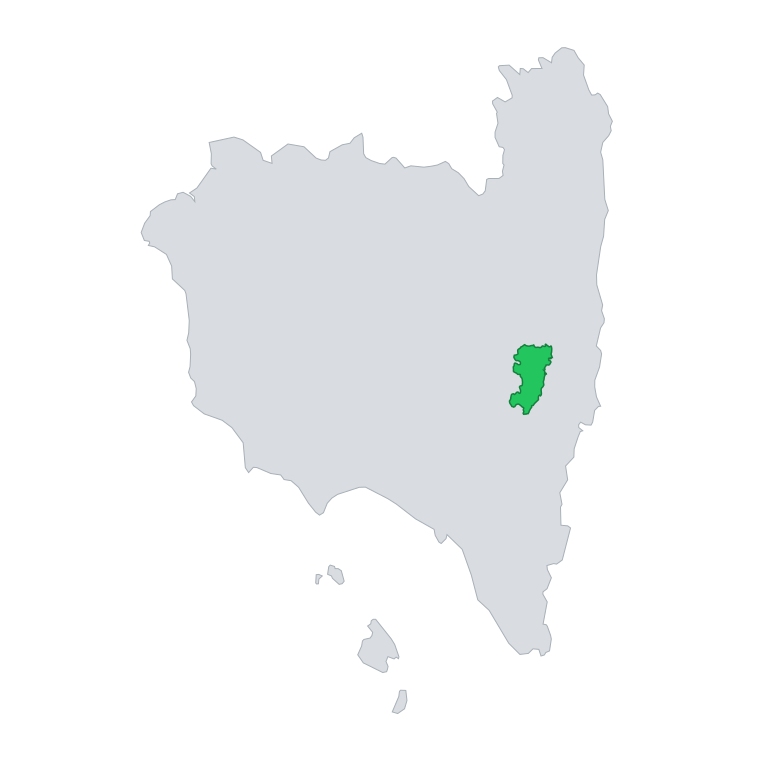 where La Rioja sits in Spain, rotated 88°
{"feature_id": "ESP-5828", "entity_name": "La Rioja", "entity_type": "Autonomous Community", "adm_level": 1, "iso_a3": "ESP", "parent_name": "Spain", "parent_adm1": "", "projection": "natural_earth1", "projection_center": [-2.502, 42.281], "detail": "fine", "context": "in_parent", "style": "filled", "palette": "green", "viewbox_px": 768, "rotation_deg": 88, "n_neighbors": 0, "source": "natural_earth", "source_scale": "10m", "svg_char_len": 7507}
<svg xmlns="http://www.w3.org/2000/svg" viewBox="0 0 768 768"><g transform="rotate(88 384 384)"><path d="M413.8,168.3L413.9,170.4L417.7,174.4L429.4,176.8L432.3,178.5L431.8,184.1L429.0,188.8L431.5,190.9L434.3,190.9L437.7,187.0L438.4,189.5L443.7,191.9L455.4,196.2L463.7,196.8L472.3,205.4L486.2,203.8L498.8,212.1L510.5,210.3L513.1,211.9L531.3,212.1L532.2,205.3L534.4,202.6L566.1,212.0L570.0,217.8L569.4,220.7L571.1,227.5L575.2,227.2L583.5,223.5L594.3,228.2L597.2,232.3L599.5,232.6L607.5,228.5L629.5,233.4L630.3,230.2L631.9,229.2L641.0,226.3L644.8,225.7L656.5,227.9L658.0,231.7L660.4,233.2L661.3,236.6L654.6,238.5L653.9,244.3L658.3,249.2L659.0,257.6L647.4,268.4L613.9,286.8L603.0,297.8L578.0,303.4L552.0,311.6L536.7,326.3L540.7,327.4L545.4,332.4L543.9,334.6L537.1,338.1L531.0,339.0L519.9,357.2L504.4,375.9L498.6,384.4L486.4,406.2L486.4,412.5L492.7,434.3L496.2,440.1L501.2,444.9L510.5,449.0L512.8,453.0L509.7,456.8L500.4,463.7L484.3,472.9L477.4,480.2L476.0,487.2L471.3,490.4L469.5,500.2L463.1,513.9L462.7,517.5L467.8,522.4L462.8,525.5L437.8,526.8L422.3,537.5L414.6,547.0L407.6,564.7L399.0,575.1L395.2,577.0L389.4,572.5L382.1,571.8L375.0,573.3L371.3,576.9L365.5,578.9L359.8,577.2L347.5,576.2L342.0,576.4L333.5,579.4L326.1,577.4L313.8,576.4L287.0,578.7L283.6,579.8L271.6,591.8L258.7,592.1L246.9,596.9L238.9,608.5L237.3,614.7L235.0,613.2L233.2,613.7L232.2,618.5L224.1,621.4L215.0,617.6L207.5,611.8L203.5,611.4L197.1,602.4L194.4,596.7L192.5,590.5L192.4,586.2L186.7,583.7L185.4,578.1L189.7,570.7L195.2,566.7L190.1,567.0L186.3,571.7L181.6,564.1L162.3,549.4L163.4,544.1L160.1,548.1L157.9,549.1L147.9,548.5L136.5,550.3L132.0,525.3L135.1,516.5L148.2,499.3L156.2,497.0L159.6,488.2L152.2,488.6L140.8,471.6L144.1,455.7L155.9,443.9L157.9,439.1L158.4,434.7L156.2,431.6L149.9,429.9L143.5,417.4L142.2,409.6L136.9,405.2L132.6,397.5L136.6,396.4L153.1,396.3L157.1,394.3L160.2,389.1L163.5,380.6L164.3,375.4L158.0,368.0L157.8,366.4L158.7,364.0L168.8,355.7L166.9,349.5L168.7,336.6L168.0,329.1L167.0,322.9L163.7,314.9L166.0,311.6L171.2,308.8L175.5,302.3L181.6,296.8L189.6,292.4L199.1,282.8L197.6,278.6L194.5,276.1L183.1,274.2L182.3,272.3L182.6,261.9L179.7,257.7L175.5,258.2L169.3,256.4L167.7,257.6L159.7,257.2L154.0,255.4L151.7,256.9L150.9,260.6L141.4,264.4L136.1,264.2L127.4,261.0L117.5,262.1L116.3,261.3L107.8,265.6L105.0,265.7L101.6,260.6L106.3,253.1L102.5,246.0L99.9,245.8L84.1,251.0L74.8,257.8L71.1,258.7L69.9,257.5L69.7,247.8L79.5,237.5L73.4,236.8L73.8,233.8L77.8,229.1L73.9,225.5L74.2,215.1L65.5,218.4L63.4,217.9L63.4,213.7L68.8,205.4L63.3,204.5L59.2,201.4L54.2,194.6L54.2,191.0L57.2,182.5L64.7,178.6L72.2,172.8L82.2,173.8L97.3,169.0L102.5,166.4L102.4,162.9L100.7,160.3L102.3,157.8L114.6,150.8L121.9,150.1L129.4,146.6L134.4,148.8L138.8,148.1L143.7,150.8L150.2,156.9L159.9,159.4L167.6,157.5L207.2,156.9L218.5,153.8L227.2,157.7L244.0,159.4L254.1,162.6L282.2,167.8L292.3,167.9L312.7,162.7L318.3,164.0L326.5,161.5L330.4,162.0L335.5,165.6L353.4,170.5L358.1,166.3L361.6,165.5L374.6,168.0L387.6,173.2L394.4,173.5L404.3,172.1L413.8,168.3ZM656.6,389.6L661.4,391.7L666.3,389.8L668.9,390.4L671.6,391.4L672.3,395.3L662.0,414.4L653.7,419.7L645.1,415.5L640.1,414.5L638.6,413.0L637.4,406.8L635.1,404.9L631.8,404.0L625.3,408.8L623.2,405.6L620.1,405.0L618.8,403.0L618.9,400.5L638.9,385.7L644.7,382.4L657.1,378.6L659.0,379.1L657.4,381.4L659.1,383.5L656.6,389.6ZM713.8,381.8L712.0,387.2L696.8,380.1L691.8,379.3L690.6,378.2L691.0,372.9L701.1,372.1L709.3,374.8L713.8,381.8ZM574.0,443.2L572.2,447.0L564.7,445.6L563.1,444.1L564.6,439.8L566.8,439.3L566.9,436.3L569.1,433.2L579.7,430.7L582.1,432.8L582.7,435.8L576.4,442.3L574.0,443.2ZM581.5,458.4L580.4,459.2L572.2,458.4L572.0,455.9L573.7,452.4L576.7,455.9L581.4,456.5L581.5,458.4Z" fill="#d9dde1" stroke="#a8b0b8" stroke-width="1"/><path d="M384.3,223.8L385.3,224.0L387.3,224.7L390.5,224.3L391.0,224.5L392.4,225.4L392.8,225.8L393.4,226.5L394.0,226.9L394.7,227.1L395.6,227.2L398.9,227.0L400.3,227.2L401.3,228.0L401.1,228.3L400.8,228.7L400.6,228.9L401.3,229.8L402.4,230.2L405.1,230.2L408.8,234.3L410.6,235.6L410.7,235.9L410.7,236.4L410.7,236.8L410.9,237.2L411.2,237.3L411.9,237.2L412.3,237.2L412.7,237.5L413.9,238.5L416.2,239.8L417.2,240.1L418.7,241.0L418.7,242.3L419.0,242.8L419.1,243.2L419.1,243.4L419.0,243.6L418.9,244.0L419.0,244.7L419.2,245.1L419.1,245.5L418.8,245.7L418.4,245.9L417.9,245.9L416.9,245.4L416.4,245.2L415.9,245.3L415.0,245.7L414.5,245.7L414.1,245.6L413.5,245.3L413.0,245.2L412.6,245.3L412.3,245.6L412.2,246.0L412.0,246.4L411.7,246.8L411.0,247.4L409.1,249.6L408.9,250.0L408.8,250.4L408.8,250.9L408.8,251.4L409.0,252.0L409.3,252.7L411.2,254.1L411.6,255.3L411.4,255.5L410.9,257.0L409.0,258.0L408.7,258.2L407.8,258.8L407.3,258.9L406.8,259.1L405.6,259.2L405.1,259.1L404.6,258.6L404.1,258.3L402.9,257.8L402.1,257.8L399.4,257.1L398.9,256.8L398.6,256.4L398.4,255.5L398.3,255.1L398.4,254.7L398.7,254.5L398.8,254.3L398.9,254.2L399.0,254.1L398.8,253.6L398.3,252.9L397.2,252.0L396.9,251.6L396.8,251.1L396.7,250.7L396.8,250.3L397.1,249.9L397.5,249.8L397.8,249.4L398.0,249.1L398.1,248.7L397.8,248.3L397.3,248.0L396.6,247.8L395.7,247.8L394.8,247.8L392.1,248.7L391.6,248.7L391.1,248.4L390.8,248.0L390.6,247.5L390.6,247.1L390.5,246.7L390.4,246.3L390.1,246.0L389.6,245.8L387.1,245.5L384.1,245.7L382.8,246.1L382.2,246.7L381.1,247.4L380.6,247.6L379.6,247.4L379.3,247.5L379.2,247.8L379.1,248.2L379.1,249.2L379.0,250.0L378.8,250.3L378.5,250.5L378.3,250.7L377.9,251.0L377.7,251.4L377.5,251.9L377.0,252.8L376.4,253.6L376.3,253.9L376.2,254.1L375.3,254.2L373.9,254.1L372.2,254.2L371.9,254.2L371.4,254.2L370.5,253.5L370.0,253.3L369.4,253.2L368.6,253.2L367.9,252.8L367.7,252.5L367.7,252.0L367.9,251.6L368.1,251.1L368.2,250.7L368.4,250.3L369.0,249.7L369.3,249.3L369.4,248.5L369.4,248.0L369.3,247.6L369.2,247.2L368.8,247.0L368.3,246.9L367.0,247.0L366.4,247.3L365.9,248.0L365.7,248.5L365.4,249.0L365.3,249.5L365.2,249.9L365.3,250.3L365.3,250.8L365.1,251.3L364.5,251.9L363.2,252.7L361.7,253.3L359.8,252.8L359.5,250.7L359.3,250.3L359.1,249.9L358.9,249.5L358.7,249.2L358.3,249.0L357.8,249.0L357.4,249.1L356.7,249.2L355.9,249.2L355.6,249.2L354.9,249.2L354.2,248.8L353.7,248.1L353.5,247.7L353.3,247.3L352.8,246.6L352.0,246.1L351.7,245.8L351.4,245.0L351.2,244.5L349.6,242.2L349.6,241.9L350.2,241.4L350.5,240.9L351.1,239.0L351.2,238.3L351.2,237.7L351.2,237.3L351.1,236.8L351.0,236.4L350.8,235.9L350.7,235.4L350.7,234.3L350.7,233.9L350.4,233.6L350.2,233.2L350.3,232.9L350.8,232.7L351.7,232.5L352.0,232.2L352.8,231.0L352.8,230.5L352.7,230.1L352.6,229.5L352.7,228.2L353.1,226.9L353.1,226.6L353.0,226.2L352.7,225.8L352.6,225.4L352.3,225.1L351.6,224.6L351.5,224.2L351.6,223.7L351.9,222.9L352.1,222.4L352.1,221.9L352.0,221.5L351.7,221.2L351.4,221.2L350.9,221.3L350.5,221.5L350.2,221.4L349.9,221.2L350.0,220.7L351.5,219.2L351.7,218.8L352.0,218.4L352.3,218.1L352.6,217.6L352.6,217.2L352.4,216.7L351.9,216.0L352.0,215.6L352.8,215.3L354.8,215.1L358.0,215.4L358.8,215.7L360.0,216.0L363.4,214.9L363.4,215.5L363.5,216.2L363.8,216.7L364.4,216.3L364.6,216.9L364.5,217.2L363.9,217.8L363.9,218.2L364.2,218.5L364.6,218.7L364.9,218.6L365.5,218.4L366.2,218.4L366.5,217.5L366.7,217.0L367.1,216.7L367.8,216.4L368.4,216.6L370.1,217.7L370.6,218.2L370.7,218.7L370.8,219.1L370.7,219.5L370.6,220.4L370.8,221.4L371.2,221.4L371.6,221.6L373.3,222.9L374.0,223.2L374.3,222.8L374.6,222.6L375.1,222.6L375.6,222.9L375.7,223.9L376.3,223.3L376.9,223.0L377.7,222.9L378.7,223.0L378.6,222.9L378.4,222.7L378.6,222.1L378.9,221.8L379.2,221.5L379.7,221.4L380.1,222.4L381.6,223.2L383.3,223.7L384.3,223.8Z" fill="#22c55e" stroke="#15803d" stroke-width="1.5"/></g></svg>